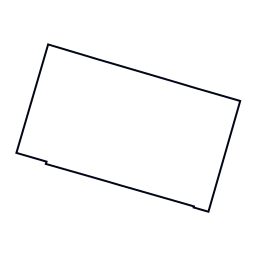 Lyon, Kansas, United States of America (Natural Earth projection), rotated 106°
{"feature_id": "52423323B39562727260187", "entity_name": "Lyon", "entity_type": "district", "adm_level": 2, "iso_a3": "USA", "parent_name": "United States of America", "parent_adm1": "Kansas", "projection": "natural_earth1", "projection_center": [-96.128, 38.455], "detail": "fine", "context": "isolated", "style": "outline", "palette": "ink", "viewbox_px": 256, "rotation_deg": 106, "n_neighbors": 0, "source": "geoboundaries", "source_scale": "gbopen_adm2", "svg_char_len": 334}
<svg xmlns="http://www.w3.org/2000/svg" viewBox="0 0 256 256"><g transform="rotate(106 128 128)"><path d="M70.7,104.4L70.3,176.3L69.7,227.8L182.7,228.4L182.8,197.0L185.2,197.1L185.1,135.4L185.2,120.0L185.2,43.0L186.3,43.0L186.3,27.6L118.1,27.6L71.1,27.6L71.0,73.6L70.7,104.4Z" fill="none" stroke="#020617" stroke-width="2"/></g></svg>